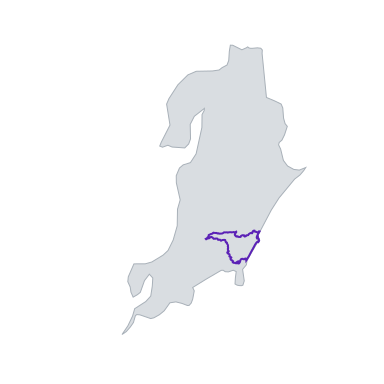 Limon, Limón, Costa Rica shown in context, rotated 59°
{"feature_id": "36466004B50274844038256", "entity_name": "Limon", "entity_type": "district", "adm_level": 2, "iso_a3": "CRI", "parent_name": "Costa Rica", "parent_adm1": "Limón", "projection": "equal_earth", "projection_center": [-83.21, 9.776], "detail": "fine", "context": "in_parent", "style": "outline", "palette": "violet", "viewbox_px": 384, "rotation_deg": 59, "n_neighbors": 0, "source": "geoboundaries", "source_scale": "gbopen_adm2", "svg_char_len": 6884}
<svg xmlns="http://www.w3.org/2000/svg" viewBox="0 0 384 384"><g transform="rotate(59 192 192)"><path d="M298.1,196.4L297.7,198.0L296.6,199.6L295.1,201.3L293.0,202.5L287.9,199.0L283.0,195.1L280.3,196.9L279.2,202.0L277.4,204.6L275.1,205.6L274.2,207.3L274.0,224.5L274.2,240.6L277.9,241.0L284.2,246.6L286.8,249.9L287.7,252.9L286.9,254.4L282.3,258.0L277.9,262.4L275.6,268.0L279.5,277.0L280.4,283.1L280.2,289.5L279.2,292.6L270.5,299.9L268.6,302.5L268.9,304.3L273.7,309.4L275.9,314.3L277.8,320.2L278.1,325.4L273.7,315.9L267.7,306.8L262.5,301.2L262.1,288.1L260.0,281.0L252.2,274.5L245.5,269.9L240.5,270.9L243.5,278.4L251.4,288.0L251.9,291.7L251.8,296.6L246.4,295.9L241.6,293.9L235.8,293.2L231.9,290.3L223.7,278.8L229.5,269.0L231.3,262.5L231.2,249.2L229.8,242.7L223.5,232.9L213.4,222.1L199.3,213.3L192.7,206.2L176.1,200.7L169.9,197.1L165.0,190.4L164.2,185.6L166.0,178.2L161.4,168.8L141.8,150.3L130.8,143.5L128.4,139.5L126.7,138.3L128.3,151.0L133.1,158.7L145.7,165.9L149.1,170.1L150.5,175.5L143.2,185.9L139.5,188.6L138.4,194.2L136.0,196.0L133.5,192.7L123.3,176.4L103.6,168.5L100.1,163.7L92.8,148.8L89.5,135.2L90.7,126.2L98.8,112.1L101.4,105.9L100.9,102.1L101.2,96.6L98.1,92.7L90.7,87.6L85.9,83.5L87.2,81.5L95.8,76.0L96.4,71.1L96.3,69.5L97.7,69.1L99.0,67.8L99.8,66.5L102.1,61.7L104.2,59.0L106.5,58.6L109.4,60.6L120.2,65.7L132.2,71.4L149.3,79.5L156.4,74.3L162.5,70.3L166.7,70.9L175.9,75.5L181.4,77.0L184.8,76.5L190.7,83.3L193.9,88.3L194.4,91.7L196.2,93.5L200.8,93.9L212.0,97.4L218.9,96.7L225.1,93.1L228.5,88.7L229.6,81.9L231.2,85.2L233.0,90.6L233.8,97.4L241.9,120.4L248.3,133.3L262.4,156.6L268.5,161.0L278.8,179.8L282.4,182.9L284.4,188.5L295.1,193.0L298.1,196.4Z" fill="#d9dde1" stroke="#a8b0b8" stroke-width="1"/><path d="M278.6,180.7L277.8,179.0L276.8,177.4L276.6,176.7L276.2,176.1L274.3,173.0L272.4,169.8L272.2,169.2L271.8,168.6L271.3,168.0L271.1,167.4L270.6,166.7L269.6,165.0L269.4,164.4L269.1,164.1L268.6,162.8L268.4,162.2L268.4,161.8L268.4,161.3L268.7,161.3L269.0,161.3L269.1,161.2L268.6,160.5L268.8,160.2L268.7,160.0L268.5,159.9L268.4,159.9L268.1,159.5L267.9,159.6L267.7,159.4L267.5,159.2L267.1,159.2L266.9,159.3L266.3,159.3L266.4,159.2L266.3,158.9L266.2,158.9L266.1,159.1L265.6,159.1L265.4,159.2L265.2,159.1L265.3,159.4L265.2,159.7L265.2,159.9L265.2,160.1L264.7,160.1L264.2,159.9L263.9,159.6L264.1,159.3L264.4,159.3L264.6,159.2L264.2,158.8L263.7,159.2L263.4,159.1L263.2,158.7L262.9,158.4L262.6,157.9L262.0,156.9L261.5,156.2L261.4,155.7L261.1,155.2L260.9,154.9L260.6,154.4L260.2,154.8L260.2,155.0L260.4,155.5L260.6,155.7L260.7,156.1L260.8,156.7L260.5,156.8L260.4,156.8L260.0,156.9L259.7,157.2L259.4,157.3L259.3,157.6L259.0,157.9L258.8,158.0L258.6,158.0L258.4,158.1L258.2,158.3L258.1,158.6L257.9,158.5L257.8,158.4L257.6,158.4L257.4,158.6L257.2,158.5L257.0,158.8L257.0,159.0L256.9,159.5L257.0,160.0L257.3,160.4L257.5,160.9L257.9,161.1L258.0,161.4L258.2,161.5L258.3,161.6L258.3,161.8L258.1,162.0L257.9,162.2L257.6,162.3L257.3,163.1L257.3,163.6L257.3,164.6L257.4,165.1L257.5,165.4L257.7,165.7L257.9,166.0L257.8,166.4L257.4,167.2L257.3,167.4L257.2,167.6L257.3,167.9L257.6,168.6L257.5,169.2L257.2,169.6L257.2,169.8L256.8,170.0L256.4,169.8L256.1,169.6L255.5,170.3L255.2,170.6L255.1,171.2L254.9,171.7L254.9,172.1L254.9,172.6L255.0,172.7L255.1,172.8L255.3,173.2L255.5,173.5L255.0,174.4L254.9,174.7L254.8,174.9L254.4,175.1L254.3,175.3L253.8,175.6L253.6,175.7L253.6,175.9L253.3,176.1L253.2,176.2L253.3,176.5L253.1,176.6L252.7,177.1L252.4,177.1L251.9,177.2L251.7,177.2L251.5,177.4L251.3,177.4L250.9,177.4L250.6,177.2L250.3,177.1L250.2,177.0L250.1,176.8L250.0,176.3L249.9,176.2L249.6,175.9L249.5,175.7L249.3,175.6L249.3,175.1L249.3,174.9L249.0,174.6L248.9,174.6L249.0,174.9L249.0,175.3L248.7,175.4L248.6,175.9L248.4,176.3L248.2,176.5L247.8,176.9L247.7,177.1L247.7,177.5L247.1,178.5L247.0,178.9L246.9,179.0L246.5,179.3L246.1,180.0L245.8,180.6L245.4,181.5L245.3,181.8L245.3,182.2L244.8,182.5L244.4,183.1L244.2,183.5L243.5,184.7L243.1,185.3L243.1,185.8L243.2,186.5L243.2,187.0L243.1,187.6L242.5,188.7L242.3,189.0L242.1,189.5L241.8,189.9L241.7,190.2L241.4,190.3L241.2,190.4L241.1,190.6L240.9,190.8L240.9,191.1L240.6,191.6L240.3,191.6L240.0,191.9L239.8,192.0L239.6,192.2L239.3,192.7L239.2,193.1L238.6,193.8L238.4,194.1L238.2,194.3L237.9,194.6L237.9,194.9L237.9,195.0L238.1,195.1L238.2,195.9L238.1,196.5L237.9,196.8L237.8,197.2L237.7,197.6L237.7,198.3L237.6,199.1L237.5,199.5L237.6,200.0L238.3,200.4L238.6,200.8L238.8,201.0L238.9,202.0L239.2,202.5L239.4,202.9L239.3,203.4L239.3,203.6L239.3,204.3L239.8,204.2L239.9,203.8L239.8,203.4L239.7,203.1L239.7,202.9L240.1,202.2L240.1,201.9L240.3,201.4L240.5,201.1L240.5,200.8L240.3,200.6L240.2,200.5L240.2,200.1L240.1,199.9L240.1,199.6L240.4,199.3L240.4,198.9L240.6,198.5L240.6,198.4L240.9,198.3L241.0,198.2L241.5,198.0L241.7,197.8L242.1,197.8L242.7,197.6L243.1,197.6L243.3,197.5L243.4,197.3L243.5,196.8L243.9,196.4L244.0,196.0L244.2,195.8L244.2,195.4L244.4,195.2L244.5,194.9L244.8,194.5L245.0,194.3L245.4,194.2L245.6,194.2L246.0,194.3L246.3,194.3L246.5,194.2L246.7,193.7L247.0,193.2L247.1,192.9L247.3,192.6L248.4,192.4L248.7,192.2L248.8,191.7L248.7,191.5L248.7,191.2L248.8,190.7L249.0,190.3L249.1,190.2L249.4,189.4L249.6,189.0L250.3,188.3L250.6,188.4L251.0,188.6L251.3,188.6L251.7,188.6L252.0,188.8L252.5,188.8L252.6,188.6L252.9,188.6L253.1,188.3L253.3,188.2L253.5,188.4L253.8,188.5L254.5,188.5L254.8,188.6L255.4,188.5L256.0,188.6L256.3,188.7L256.5,188.8L256.9,189.0L257.0,189.2L257.2,189.4L257.6,189.4L258.1,189.6L258.6,189.9L258.7,190.2L258.9,190.3L259.0,190.4L259.3,190.4L259.6,190.8L260.0,190.9L260.2,191.1L260.5,191.1L260.8,191.2L261.3,191.2L261.5,191.0L261.8,191.1L262.0,191.5L262.0,191.8L261.9,192.2L261.8,192.5L261.9,192.8L262.3,192.8L262.5,193.0L263.0,193.0L263.3,192.6L263.6,192.6L264.1,192.4L264.4,192.1L264.6,192.0L264.8,192.0L265.2,192.2L265.6,192.2L265.8,192.5L266.0,192.6L266.5,193.1L267.0,192.9L267.3,192.8L267.4,192.6L267.5,192.4L268.1,192.1L268.4,192.0L268.5,192.1L268.6,192.3L268.7,192.7L268.8,193.0L268.9,193.3L269.1,193.5L269.4,193.5L269.5,193.4L269.9,193.5L270.2,193.5L270.6,193.4L270.9,193.2L271.1,192.9L271.5,192.8L271.6,192.7L271.9,192.6L272.1,192.6L272.4,192.5L272.8,193.1L273.3,193.3L273.5,193.1L273.8,192.8L274.1,192.7L274.3,192.6L274.4,192.2L274.6,192.0L274.9,191.8L275.3,191.4L275.4,191.0L275.2,190.6L275.2,190.1L275.2,189.8L275.1,189.1L275.1,188.7L275.2,188.4L275.3,188.5L275.5,188.4L275.8,188.7L275.9,188.9L276.1,189.1L276.4,189.4L276.5,189.7L276.8,189.2L277.2,189.0L277.4,188.5L277.3,188.1L276.9,187.6L276.8,187.1L276.5,186.8L276.3,186.6L276.2,186.4L275.8,186.1L275.5,185.7L275.3,185.5L275.1,185.2L275.0,184.6L274.8,184.3L274.8,184.1L275.1,183.7L275.2,183.3L275.4,182.9L275.8,182.8L276.0,182.6L276.4,182.2L276.5,182.0L276.6,181.7L276.5,181.3L276.5,181.0L276.4,181.0L276.4,180.9L276.5,180.7L276.6,180.4L276.9,180.3L277.0,180.1L277.3,180.3L277.9,180.6L278.4,180.6L278.6,180.7Z" fill="none" stroke="#5b21b6" stroke-width="2"/></g></svg>